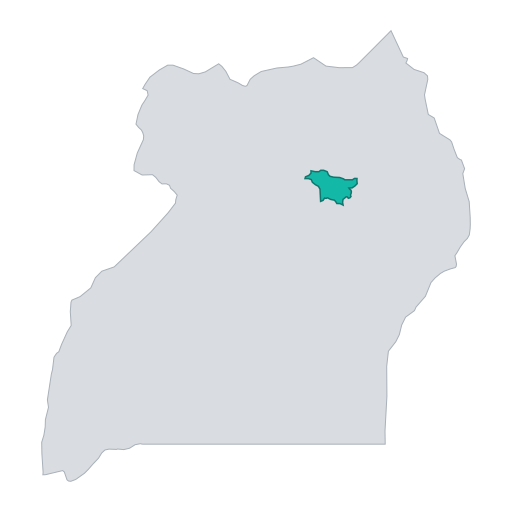 Alebtong on a map of Uganda (Mercator projection)
{"feature_id": "UGA-5606", "entity_name": "Alebtong", "entity_type": "District", "adm_level": 1, "iso_a3": "UGA", "parent_name": "Uganda", "parent_adm1": "", "projection": "mercator", "projection_center": [33.268, 2.239], "detail": "fine", "context": "in_parent", "style": "filled", "palette": "teal", "viewbox_px": 512, "rotation_deg": 0, "n_neighbors": 0, "source": "natural_earth", "source_scale": "10m", "svg_char_len": 2935}
<svg xmlns="http://www.w3.org/2000/svg" viewBox="0 0 512 512"><path d="M385.2,444.2L376.6,444.2L362.5,444.2L348.5,444.2L334.4,444.2L320.3,444.2L306.3,444.2L292.2,444.2L278.1,444.2L264.1,444.2L250.0,444.2L235.9,444.2L221.9,444.2L207.8,444.2L193.7,444.2L179.7,444.2L165.6,444.2L151.5,444.2L143.2,444.2L141.5,444.0L140.4,443.7L135.1,444.7L129.6,448.2L123.8,449.6L117.5,449.0L116.7,449.4L113.6,449.3L109.0,449.1L104.9,450.0L101.7,453.0L98.5,458.2L92.8,464.2L88.2,469.5L84.4,473.3L75.6,479.5L70.8,481.3L68.5,481.0L67.0,479.8L64.3,471.9L62.6,470.6L45.5,474.7L42.9,474.8L43.1,472.3L41.9,453.7L41.7,442.3L43.9,435.2L45.2,426.9L45.4,419.7L48.5,407.3L47.4,399.9L51.4,373.9L52.5,369.7L54.0,357.2L56.6,353.3L58.8,351.8L61.7,344.1L67.3,331.8L71.2,325.5L70.3,311.6L71.0,302.2L71.9,300.1L80.1,296.6L90.8,287.9L95.4,277.7L101.8,271.2L114.2,266.9L151.0,231.8L168.1,212.8L175.5,203.1L175.8,199.7L177.2,195.1L174.2,191.5L170.6,188.3L169.5,185.3L166.4,183.8L162.0,183.9L159.1,181.7L155.8,177.4L152.5,174.7L142.1,175.0L134.0,170.6L134.1,164.7L137.3,153.0L143.4,139.6L143.7,135.9L142.8,132.7L141.4,130.0L138.6,127.4L136.0,124.2L138.0,114.5L141.9,105.1L145.0,100.4L148.1,95.1L147.2,90.7L142.7,88.6L145.1,84.3L149.9,77.2L159.3,70.0L167.6,65.2L173.1,65.2L183.8,69.0L193.5,73.5L198.8,73.8L205.3,71.9L218.7,63.8L221.9,66.4L225.8,71.3L230.0,79.3L238.4,83.0L242.5,85.5L245.4,86.3L247.0,85.6L250.2,79.3L254.1,75.8L261.2,71.5L276.9,68.0L288.2,67.0L293.0,66.2L300.9,64.2L313.5,57.7L326.0,66.1L339.4,67.7L352.5,67.6L356.5,65.1L358.7,63.1L372.4,49.4L391.0,30.7L403.3,57.0L407.6,58.5L407.0,60.8L405.9,63.0L414.0,69.4L424.0,72.7L427.5,75.9L427.8,79.4L424.5,94.8L425.1,99.1L428.3,114.5L434.2,118.0L439.5,133.4L450.1,140.0L451.6,141.9L454.1,149.4L457.3,157.6L459.9,159.5L461.4,160.0L464.6,168.7L462.8,173.6L465.2,188.4L469.2,201.7L470.2,217.6L470.3,224.6L470.1,228.9L469.3,234.9L467.4,238.4L464.0,241.8L460.2,247.1L456.9,252.8L454.9,255.7L456.5,264.2L456.1,266.5L455.2,267.6L450.4,268.9L444.2,271.2L440.5,273.4L435.2,277.8L431.0,282.5L425.4,296.3L416.0,307.1L414.5,310.6L405.6,317.1L401.7,325.0L399.3,334.7L395.8,341.7L388.4,351.2L386.7,366.3L386.9,396.4L385.0,430.8L385.2,444.2Z" fill="#d9dde1" stroke="#a8b0b8" stroke-width="1"/><path d="M343.1,205.1L340.1,203.6L336.8,203.5L335.8,201.8L334.5,200.2L330.6,199.4L327.5,197.8L326.1,198.4L324.5,198.1L323.1,200.4L320.6,201.4L320.0,189.1L318.4,186.3L315.4,184.7L312.4,182.3L311.3,179.6L308.5,178.6L305.0,178.6L305.5,176.8L308.9,175.4L311.0,173.1L311.0,170.8L315.2,171.7L318.9,171.7L320.7,170.3L323.7,170.3L327.2,171.7L328.4,174.7L330.0,176.3L333.7,177.2L339.7,177.5L343.6,178.9L344.8,179.8L352.4,179.8L354.5,178.4L357.0,178.5L356.9,180.6L357.2,183.7L354.9,186.0L352.1,187.9L348.9,188.0L349.7,189.2L351.0,190.2L351.4,191.8L351.1,193.5L350.8,194.2L350.5,194.9L350.7,195.8L351.0,196.5L349.9,197.8L348.3,198.3L347.4,197.0L346.2,196.8L343.0,199.4L342.6,202.5L343.1,205.1Z" fill="#14b8a6" stroke="#0f766e" stroke-width="1.5"/></svg>